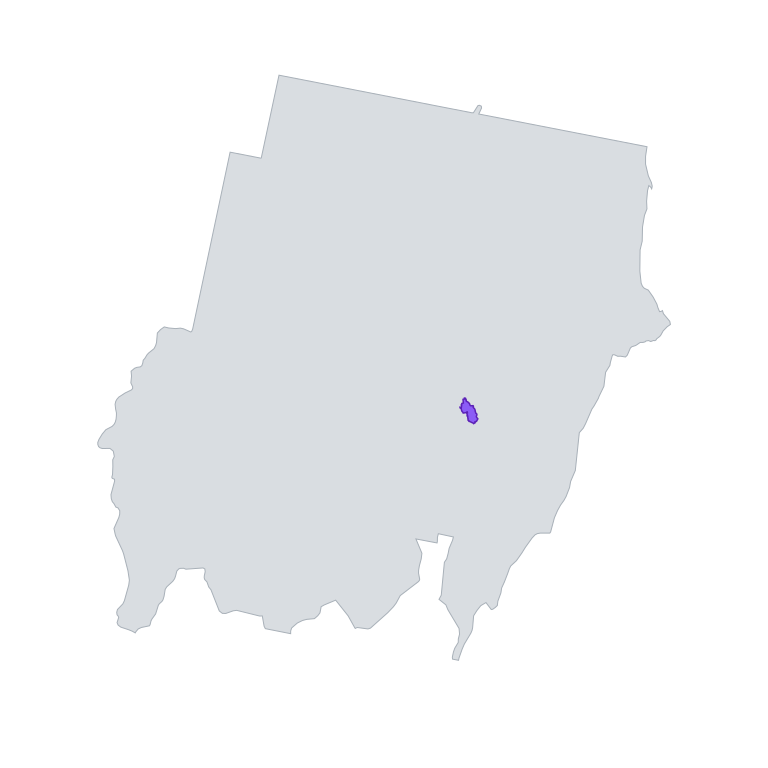 Al Kamlin, Gezira, Sudan shown in context, rotated 11°
{"feature_id": "16777658B48918222085465", "entity_name": "Al Kamlin", "entity_type": "district", "adm_level": 2, "iso_a3": "SDN", "parent_name": "Sudan", "parent_adm1": "Gezira", "projection": "equal_earth", "projection_center": [32.926, 15.143], "detail": "fine", "context": "in_parent", "style": "filled", "palette": "violet", "viewbox_px": 768, "rotation_deg": 11, "n_neighbors": 0, "source": "geoboundaries", "source_scale": "gbopen_adm2", "svg_char_len": 5232}
<svg xmlns="http://www.w3.org/2000/svg" viewBox="0 0 768 768"><g transform="rotate(11 384 384)"><path d="M509.9,641.0L503.8,641.0L503.2,639.1L503.3,633.8L503.9,629.8L506.2,623.5L505.6,620.1L505.9,615.1L504.3,609.6L489.8,593.4L486.9,589.0L479.1,584.9L480.5,580.4L477.3,547.5L478.9,543.7L479.3,537.9L479.3,532.9L481.1,524.4L481.3,520.9L465.9,520.6L465.7,524.3L466.4,528.3L466.4,529.9L444.9,530.0L453.5,542.9L453.9,548.6L453.4,555.6L453.5,560.2L454.0,563.1L456.3,568.9L456.2,570.0L455.6,571.3L440.3,588.6L437.8,596.6L435.8,600.8L431.3,607.8L417.3,626.2L415.0,627.5L404.4,628.1L403.4,628.6L402.5,629.4L402.1,629.2L393.0,618.4L377.8,605.4L367.6,612.2L364.8,614.6L364.8,620.9L363.2,624.1L360.5,627.6L353.0,629.8L349.1,631.7L344.5,635.2L339.9,641.1L339.5,644.2L340.0,646.9L314.2,646.8L312.5,644.6L308.8,634.9L306.2,635.5L282.6,634.3L279.3,635.4L272.5,639.4L269.1,640.0L265.6,638.2L253.4,619.0L250.7,616.7L248.0,612.1L245.3,610.1L244.5,608.6L244.2,606.6L244.3,602.4L243.4,599.7L241.5,599.1L224.8,603.6L222.5,603.1L219.0,603.9L217.8,604.7L216.3,607.2L216.0,612.5L215.6,615.1L214.3,618.0L209.5,624.5L208.4,627.3L208.6,634.5L208.2,638.1L207.5,639.8L205.4,642.6L204.7,644.2L203.7,653.3L201.1,658.9L200.5,660.9L200.3,664.9L199.9,666.1L192.3,669.3L189.5,671.3L187.7,674.5L187.3,675.8L184.1,674.7L180.0,673.9L172.1,672.9L169.0,671.4L167.5,669.2L168.1,663.7L167.3,662.5L166.0,661.5L165.2,659.1L165.4,656.2L169.6,649.7L170.5,646.3L171.8,630.1L171.5,625.2L168.3,616.2L160.9,600.6L159.1,597.5L149.8,584.7L148.8,582.8L146.5,577.4L149.2,565.5L149.4,562.2L148.8,558.8L146.4,556.3L144.3,556.0L141.6,552.8L139.8,551.4L138.2,548.6L137.1,544.7L138.1,530.7L137.6,528.9L135.2,528.4L134.6,527.4L134.8,524.7L133.6,516.8L132.2,510.2L133.1,506.6L131.1,501.6L127.3,499.5L119.8,501.1L117.4,500.8L115.8,499.9L114.7,498.1L114.2,496.0L114.8,492.7L117.0,486.8L119.7,481.9L125.2,477.5L126.7,475.2L127.5,472.6L127.7,469.6L127.4,466.4L126.9,463.5L125.3,459.7L123.9,455.2L124.0,452.2L124.7,450.0L126.2,447.4L131.6,442.2L137.2,438.0L138.1,436.5L137.8,434.7L135.3,431.2L134.7,424.4L133.3,419.7L136.2,416.1L138.3,414.8L141.5,413.7L142.8,412.2L143.2,409.4L143.1,406.6L144.3,404.6L145.9,400.3L147.2,398.3L151.5,393.2L152.5,389.9L152.8,386.8L151.8,377.2L154.3,373.2L157.4,369.9L161.9,370.1L168.8,369.4L173.5,368.0L176.8,368.1L184.4,369.8L185.2,369.1L185.7,366.5L188.7,185.8L220.0,185.8L220.4,185.5L222.0,100.9L418.4,101.0L420.0,100.7L423.1,92.8L424.4,92.2L426.5,92.7L427.1,94.5L425.5,100.9L596.9,100.9L597.3,110.5L598.8,118.3L603.8,129.3L608.0,135.2L609.5,138.5L609.6,140.0L609.5,141.4L608.2,139.8L606.1,138.7L605.8,143.9L606.9,154.5L608.7,161.9L607.5,168.8L607.8,180.5L610.2,194.5L609.8,203.5L613.6,224.4L617.2,236.0L619.1,238.8L621.3,240.4L625.5,241.4L631.6,247.3L636.6,253.5L638.3,256.8L640.7,260.4L642.3,259.8L643.3,258.8L644.9,261.7L652.6,268.0L653.8,270.9L651.1,273.7L647.9,278.6L646.4,283.2L645.6,284.7L643.1,287.5L642.6,288.9L641.6,289.8L640.4,289.8L637.7,291.4L635.4,290.9L633.0,291.8L632.1,292.9L630.2,293.8L627.6,294.3L623.7,298.2L620.2,300.1L619.0,301.6L617.3,309.3L615.9,311.4L610.7,311.6L608.2,312.2L604.8,311.4L603.1,311.5L602.6,313.1L602.1,319.8L602.2,322.6L599.3,330.2L600.3,344.3L597.5,354.9L597.1,357.3L594.3,365.7L592.9,368.9L589.4,384.6L588.0,389.4L585.0,394.5L588.3,432.4L585.8,444.0L585.9,450.3L584.2,459.7L582.8,464.0L580.4,469.2L578.5,475.1L576.8,482.8L575.8,497.4L575.2,498.7L566.0,500.5L563.1,501.6L561.1,503.2L558.7,507.0L554.0,517.2L551.6,523.5L547.7,532.2L543.2,538.3L542.3,541.3L541.5,546.8L539.9,555.6L538.4,561.8L538.6,566.8L537.2,575.5L537.5,579.8L535.9,582.1L533.7,584.4L532.3,584.9L525.8,579.1L521.3,583.1L518.4,588.7L516.2,594.4L517.5,606.5L517.4,609.2L516.8,612.0L512.5,623.9L511.3,629.3L509.9,638.7L509.9,641.0Z" fill="#d9dde1" stroke="#a8b0b8" stroke-width="1"/><path d="M482.0,402.8L482.1,402.4L482.8,400.3L482.6,400.1L481.2,399.0L480.8,398.1L481.1,396.6L480.9,396.1L480.7,395.6L480.1,395.3L479.8,395.2L479.5,394.9L479.3,394.2L478.9,393.7L478.5,392.5L478.3,392.1L478.0,391.5L477.5,391.0L477.2,390.8L476.2,390.1L476.2,389.9L476.1,389.5L475.9,389.4L476.0,388.7L475.6,388.3L474.9,388.4L474.2,388.6L473.7,388.7L473.3,388.8L472.9,388.7L472.5,388.4L472.1,387.8L472.1,387.7L471.9,387.3L471.8,387.1L471.7,387.0L471.6,386.9L471.4,386.8L471.1,386.6L470.9,386.4L470.8,386.2L470.4,386.1L470.1,385.8L469.9,385.8L469.5,385.6L469.2,385.5L468.9,385.4L468.7,385.4L468.4,385.3L468.2,385.2L467.9,384.9L467.9,384.7L467.8,384.3L467.7,384.0L467.6,383.7L467.2,383.6L467.0,383.3L467.0,382.8L466.8,382.5L466.0,382.3L465.5,382.6L465.7,383.5L464.5,384.0L465.5,387.5L465.3,387.6L464.1,388.3L464.2,389.9L464.0,390.0L464.3,390.2L464.4,392.2L463.0,392.3L463.2,392.9L463.8,393.2L464.3,393.2L464.5,393.3L464.8,394.3L465.6,395.8L467.1,397.0L467.3,397.4L468.5,397.0L469.8,396.5L470.1,396.3L470.7,395.6L471.0,395.5L471.4,396.4L470.9,396.7L470.9,397.1L471.3,397.8L471.7,398.3L471.5,398.9L471.8,399.6L472.3,399.5L472.6,400.8L472.7,401.0L472.9,401.7L473.0,401.7L473.1,401.9L473.0,402.0L473.5,403.6L473.9,403.7L474.1,403.7L474.5,404.4L474.8,404.3L475.1,404.3L475.3,404.5L476.7,404.8L477.3,405.0L478.8,405.3L479.6,405.8L479.9,405.4L480.7,404.8L480.4,403.9L480.5,403.8L481.1,403.8L481.3,403.5L481.7,402.8L482.0,402.8Z" fill="#8b5cf6" stroke="#5b21b6" stroke-width="1.5"/></g></svg>